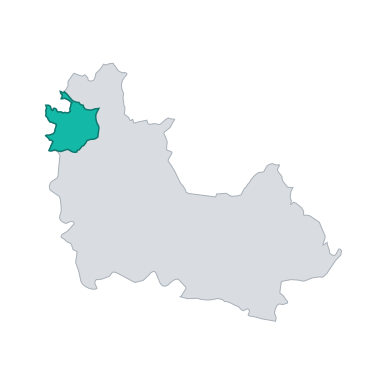 Guinea, with Beyla highlighted, rotated 187°
{"feature_id": "GIN-5627", "entity_name": "Beyla", "entity_type": "Prefecture", "adm_level": 1, "iso_a3": "GIN", "parent_name": "Guinea", "parent_adm1": "", "projection": "orthographic", "projection_center": [-8.118, 8.717], "detail": "fine", "context": "in_parent", "style": "filled", "palette": "teal", "viewbox_px": 384, "rotation_deg": 187, "n_neighbors": 0, "source": "natural_earth", "source_scale": "10m", "svg_char_len": 5770}
<svg xmlns="http://www.w3.org/2000/svg" viewBox="0 0 384 384"><g transform="rotate(187 192 192)"><path d="M236.3,255.3L233.0,254.9L231.6,255.5L227.2,260.6L224.6,262.6L220.6,261.9L219.1,262.3L218.0,261.7L219.5,258.9L221.6,253.3L227.0,247.8L227.1,246.6L225.0,243.3L222.7,238.8L222.7,234.0L222.3,230.6L217.6,229.6L216.8,229.0L216.7,227.8L219.3,221.9L219.6,220.7L219.2,219.6L216.4,216.5L211.9,210.8L204.3,199.2L201.4,196.7L198.7,193.2L197.7,190.9L194.8,190.1L167.9,190.0L167.3,193.0L158.0,194.9L152.3,192.5L146.0,193.8L142.8,195.3L140.4,202.1L139.0,203.5L137.6,206.5L136.3,208.2L134.9,211.5L131.8,216.2L128.6,219.2L123.2,220.8L121.4,225.8L120.1,227.7L118.0,229.1L115.8,230.0L111.4,229.0L108.9,229.8L108.5,228.6L110.0,224.6L108.9,222.6L104.7,218.4L104.3,216.4L103.1,213.8L97.6,208.4L92.4,208.7L93.9,204.3L93.9,198.4L92.2,195.1L92.7,191.8L91.8,192.0L90.0,194.3L87.2,193.5L81.6,189.9L78.8,186.5L78.6,183.6L77.9,182.4L76.2,183.0L72.6,182.9L62.0,177.6L54.5,164.5L54.4,161.6L55.6,156.6L55.4,155.2L51.8,158.5L51.2,156.2L48.6,151.0L47.9,148.0L45.4,146.6L43.3,146.3L41.7,147.3L39.4,153.3L37.9,153.3L36.3,151.9L36.7,147.4L41.0,141.8L48.2,127.6L50.8,124.4L52.4,123.3L55.6,123.2L62.1,121.4L70.0,117.1L76.0,117.5L83.1,117.1L92.4,114.1L92.6,104.5L92.4,102.4L89.1,100.4L87.3,98.7L85.7,96.6L83.7,95.0L83.8,93.4L87.9,91.4L91.7,91.5L92.9,90.8L93.9,89.4L95.0,86.0L95.5,82.3L93.1,77.4L93.3,73.9L106.8,74.6L114.2,75.7L120.3,76.0L121.3,76.8L120.4,80.2L121.1,82.2L123.1,82.7L126.6,80.4L128.4,81.0L132.1,83.9L135.6,84.8L139.5,86.4L143.1,87.3L146.3,87.3L148.7,88.9L153.2,89.5L159.1,87.5L163.7,86.6L170.1,86.5L173.5,87.2L183.3,85.6L191.0,86.6L189.8,87.7L186.2,95.4L186.6,96.8L194.4,103.3L196.2,103.8L198.4,103.0L201.8,100.0L204.5,96.7L207.1,95.2L210.1,95.3L212.5,97.6L218.0,107.3L219.4,108.5L220.7,108.5L223.2,106.7L224.4,104.6L229.7,98.3L237.7,95.2L256.8,102.6L259.6,103.1L261.2,102.6L263.6,98.3L270.8,94.6L274.3,93.6L276.2,93.5L277.0,92.3L277.4,90.6L277.0,88.8L274.8,85.5L274.7,84.5L276.0,83.9L278.7,83.4L282.3,83.8L286.3,85.2L289.5,87.2L291.3,89.7L294.9,99.9L298.9,107.9L298.7,118.6L300.5,119.6L302.4,120.1L303.4,120.9L305.3,125.4L307.1,126.6L309.4,127.0L313.5,129.8L316.1,130.9L316.5,131.7L316.4,132.9L315.4,134.4L311.4,137.4L309.4,139.9L305.3,145.9L305.2,147.1L306.1,147.9L307.7,148.0L309.5,147.6L313.3,145.4L316.3,146.2L319.1,147.9L320.1,149.7L320.4,152.0L319.7,154.9L319.6,158.3L320.6,163.9L322.1,169.6L323.5,171.6L333.0,176.6L333.9,178.5L334.4,180.6L333.7,183.5L332.8,185.1L327.6,189.5L326.8,191.6L327.2,195.6L327.5,212.2L329.6,214.9L332.0,216.4L337.8,215.6L337.6,220.2L336.8,225.4L340.2,226.9L341.9,228.5L342.8,230.0L337.5,232.7L336.0,234.3L335.3,238.6L335.4,242.6L342.5,245.5L345.3,248.8L346.5,252.3L346.9,258.8L346.3,260.3L344.5,260.3L340.9,256.3L335.4,255.9L331.3,255.2L324.4,255.7L323.3,256.9L322.5,265.6L324.1,267.0L327.4,268.7L329.5,269.4L331.3,269.2L332.7,270.2L333.0,273.1L332.0,275.2L330.2,277.1L328.0,282.1L328.5,286.7L324.6,294.1L323.5,295.5L318.4,294.1L315.1,293.6L312.6,295.4L309.3,292.6L308.7,290.3L307.5,289.9L305.3,289.8L303.2,291.1L302.3,293.4L301.8,298.1L298.1,302.6L295.4,308.1L292.4,307.6L291.7,308.3L288.5,309.7L285.7,310.1L285.0,308.6L283.4,307.4L281.6,305.1L279.5,303.1L275.6,301.8L274.0,302.4L272.2,302.2L271.0,301.5L271.1,300.3L273.2,297.4L274.4,294.8L275.0,291.9L275.0,289.1L274.0,285.2L272.2,282.1L271.8,280.3L272.0,277.7L271.6,275.4L271.0,274.1L270.2,269.6L269.2,268.8L268.6,265.2L268.8,261.5L267.3,260.1L264.9,259.0L263.5,257.6L262.6,256.0L261.8,255.5L261.0,255.6L260.4,256.6L259.6,256.8L258.2,253.3L257.6,253.2L256.6,254.0L245.6,257.8L244.2,254.5L242.1,253.9L238.4,255.2L236.3,255.3Z" fill="#d9dde1" stroke="#a8b0b8" stroke-width="1"/><path d="M330.4,216.4L331.1,216.7L332.0,216.9L332.9,217.0L333.7,216.9L334.6,216.6L336.2,215.7L337.1,215.5L338.8,215.5L339.1,215.8L337.9,219.3L337.8,220.3L336.3,224.0L336.3,225.6L338.5,226.4L339.0,226.3L339.5,226.1L339.8,226.2L340.4,227.3L340.9,227.8L341.8,228.5L343.6,229.5L344.1,230.2L343.4,230.7L342.4,230.9L341.5,230.9L340.7,231.0L336.9,232.9L336.3,233.6L335.8,234.7L335.6,235.7L335.5,237.8L334.7,241.5L335.1,242.8L337.1,243.4L338.0,243.5L340.5,244.3L341.2,244.1L341.4,244.1L341.7,244.2L342.0,244.8L342.2,245.0L343.1,245.7L343.3,246.1L344.4,248.0L344.8,248.4L345.9,249.2L346.3,249.6L346.5,250.4L346.4,252.0L346.5,252.9L347.0,254.7L347.0,255.5L346.7,256.6L346.6,257.6L346.8,258.5L347.7,260.3L345.2,260.6L344.1,260.4L343.1,259.8L341.8,257.1L340.9,255.9L339.9,256.1L339.8,256.7L339.9,257.4L339.8,258.0L339.1,258.4L338.4,258.3L337.7,258.1L337.1,257.8L336.6,257.4L336.3,256.8L336.0,256.2L335.8,255.6L335.2,255.2L334.6,255.1L334.0,255.2L332.7,255.5L332.3,255.5L331.6,255.5L331.2,255.5L330.9,255.4L330.5,254.9L330.1,254.8L329.2,254.9L327.8,255.5L327.0,255.5L325.4,255.2L324.8,255.3L322.8,257.0L322.5,257.3L322.6,257.8L322.8,258.2L323.1,258.7L323.3,259.3L323.4,260.1L322.8,262.6L322.8,263.4L322.9,264.2L322.8,264.7L322.1,265.4L322.1,265.9L325.6,268.2L329.7,269.5L330.1,269.4L332.7,268.6L333.2,268.5L333.3,269.0L333.0,269.6L332.7,270.1L332.4,271.4L332.5,272.0L332.7,272.7L333.5,273.1L334.2,273.9L334.7,274.9L334.8,275.3L335.0,275.8L334.2,275.7L333.7,275.4L333.3,275.1L332.9,274.9L331.1,275.2L330.4,275.2L330.5,275.6L328.6,274.4L324.5,270.6L321.5,268.0L317.6,267.0L315.1,267.1L314.4,266.1L313.0,265.1L310.5,264.8L310.0,263.2L308.3,261.4L305.6,260.8L302.1,261.0L298.3,262.7L294.6,263.6L295.3,261.8L296.2,259.4L296.9,256.5L296.3,252.8L294.9,249.1L292.9,246.3L292.2,244.4L292.2,235.1L294.0,233.4L295.8,232.5L299.1,231.9L300.9,231.0L302.5,230.3L302.5,230.1L302.6,229.9L302.9,229.1L303.0,228.7L303.2,228.3L305.0,225.1L307.0,223.7L307.9,221.9L309.4,219.9L310.9,219.4L311.2,217.7L313.0,217.1L315.2,217.2L317.0,217.8L319.8,219.1L321.9,218.8L324.4,217.5L327.1,216.2L330.4,216.4Z" fill="#14b8a6" stroke="#0f766e" stroke-width="1.5"/></g></svg>